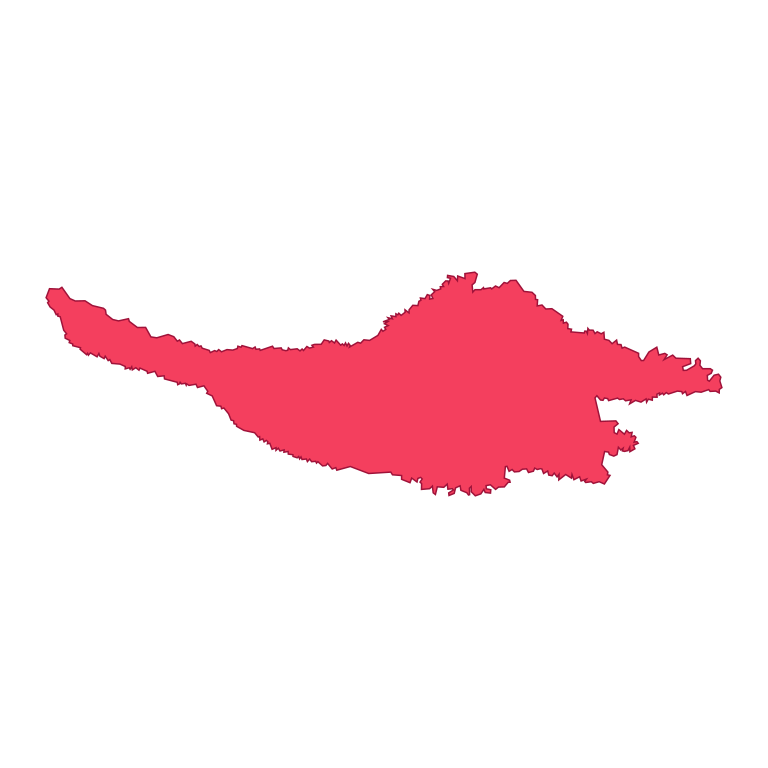 the district of Comapa, Veracruz, Mexico
{"feature_id": "50627088B99460777873405", "entity_name": "Comapa", "entity_type": "district", "adm_level": 2, "iso_a3": "MEX", "parent_name": "Mexico", "parent_adm1": "Veracruz", "projection": "mercator", "projection_center": [-96.723, 19.142], "detail": "fine", "context": "isolated", "style": "filled", "palette": "rose", "viewbox_px": 768, "rotation_deg": 0, "n_neighbors": 0, "source": "geoboundaries", "source_scale": "gbopen_adm2", "svg_char_len": 6099}
<svg xmlns="http://www.w3.org/2000/svg" viewBox="0 0 768 768"><path d="M516.0,280.3L510.4,280.5L507.3,283.4L504.1,282.5L499.1,287.7L495.5,286.0L491.7,288.9L490.6,287.8L483.8,288.9L483.5,287.6L481.0,289.7L475.0,289.7L472.8,292.1L472.1,284.9L474.9,282.5L477.3,274.2L474.8,272.2L464.9,273.6L465.0,278.6L457.7,276.0L457.4,280.8L453.8,276.5L447.6,275.4L447.4,277.6L450.5,278.3L448.7,283.3L448.1,281.0L445.7,280.9L442.3,284.3L443.6,286.5L440.3,286.7L440.7,288.9L436.7,290.4L432.7,289.3L434.7,291.7L431.3,294.8L432.9,298.5L429.6,299.1L429.9,295.5L427.3,294.6L425.0,298.6L420.4,298.0L420.9,300.3L418.9,301.3L417.9,305.6L412.8,305.3L409.1,309.8L409.0,312.9L405.0,309.8L405.1,312.3L401.1,315.4L398.8,313.2L397.8,314.8L395.9,313.8L395.9,316.6L391.1,315.9L392.4,318.8L387.9,317.7L389.3,319.4L383.0,321.8L387.7,321.7L384.5,323.8L388.2,325.6L384.5,327.3L385.8,329.4L382.9,331.3L381.3,329.4L377.9,335.4L369.6,340.4L363.9,339.8L360.6,343.2L357.8,342.3L349.6,347.0L350.2,345.5L348.5,343.3L347.0,346.0L345.5,342.9L344.1,345.5L342.4,343.9L340.7,345.2L336.1,340.1L334.5,343.0L331.5,340.7L329.3,342.5L328.8,341.0L324.2,339.9L321.2,344.3L314.4,344.4L311.9,345.3L313.4,347.1L309.5,348.1L306.9,346.5L303.5,350.5L302.1,349.0L300.0,350.9L297.2,348.8L290.4,349.6L288.4,347.9L287.7,350.3L285.8,350.7L282.2,349.8L281.2,347.9L274.0,348.5L272.5,346.2L260.2,350.4L259.6,348.9L256.0,349.3L255.1,347.0L252.6,348.6L242.0,345.6L241.0,347.2L237.9,346.2L237.4,348.5L232.8,350.1L227.0,349.6L221.5,351.8L218.7,349.6L216.8,351.5L214.6,350.6L210.3,352.6L209.2,350.4L202.2,348.2L201.0,345.9L199.2,346.5L197.2,344.5L195.2,346.1L194.9,344.0L191.2,341.3L182.4,343.6L179.5,340.0L177.3,341.2L173.8,336.7L168.1,334.5L156.8,337.8L150.9,336.9L145.6,327.4L137.4,327.5L129.3,321.4L128.5,318.7L118.5,320.9L112.7,319.5L106.1,314.3L105.5,310.1L103.5,308.3L92.4,305.6L85.0,300.8L75.3,301.0L69.9,298.6L61.9,287.3L59.1,289.1L49.5,288.7L46.1,297.7L48.9,301.2L47.6,302.7L50.1,307.0L54.0,310.1L56.2,314.7L57.8,314.0L57.8,316.1L60.2,316.7L63.7,330.2L66.6,333.8L64.9,335.0L65.2,338.2L69.8,340.5L69.2,342.6L72.7,344.0L72.8,345.7L80.5,347.7L80.1,349.2L86.6,354.7L87.6,353.3L88.4,355.2L90.4,352.9L97.1,356.8L98.9,353.5L99.9,356.2L104.1,358.6L105.2,356.2L108.2,360.6L109.8,359.6L111.8,363.4L120.0,364.1L125.3,366.5L125.2,368.9L129.2,367.8L130.1,369.3L131.7,366.8L132.3,369.9L135.8,367.7L139.0,370.2L140.0,368.1L147.1,371.3L147.6,373.3L154.9,371.3L157.7,376.5L164.1,375.8L164.5,378.9L177.3,382.3L177.7,384.7L180.2,383.5L179.7,381.7L181.5,383.9L185.4,383.3L186.2,385.2L186.7,383.9L189.0,385.4L196.0,384.2L197.5,387.5L203.9,385.8L207.8,391.3L206.7,393.3L212.2,395.9L216.6,405.7L220.9,406.2L221.6,408.7L223.9,408.0L228.6,413.8L231.1,420.1L233.6,420.7L234.0,423.8L236.5,424.3L236.6,426.3L243.9,430.4L254.6,432.7L258.2,437.0L259.6,436.6L259.9,440.1L262.8,438.9L264.1,441.9L266.3,440.4L267.8,441.7L267.4,443.8L269.8,443.3L272.1,449.3L276.0,447.7L276.0,450.3L278.3,448.2L280.0,451.0L284.1,449.9L283.9,452.2L288.1,451.5L288.3,454.1L292.9,454.7L293.0,456.4L297.2,457.8L298.7,456.5L299.6,458.9L301.0,456.9L302.0,459.5L306.4,459.0L307.4,461.6L309.7,459.1L311.6,461.7L315.7,461.3L316.5,463.1L317.9,461.7L322.6,465.9L325.9,465.5L327.6,463.4L332.2,469.0L335.8,467.6L336.8,470.2L350.3,466.5L368.7,473.5L390.8,472.1L392.5,474.8L401.6,475.5L401.6,479.3L410.0,482.7L411.7,478.1L417.0,482.0L417.9,478.4L420.7,477.4L422.2,479.0L420.0,482.1L421.6,483.6L421.5,489.4L429.6,488.7L432.4,486.1L433.2,492.8L435.4,494.5L437.3,486.8L443.8,487.3L447.2,484.1L447.9,489.2L452.3,488.7L453.4,490.0L448.7,492.9L449.0,495.5L454.2,493.4L455.6,487.8L460.1,485.8L460.9,490.3L466.8,492.7L468.5,495.0L469.6,494.7L469.4,488.2L471.2,486.5L471.3,491.8L475.3,495.8L480.8,493.9L483.9,489.4L485.2,492.5L490.5,493.1L490.8,489.7L486.3,488.8L486.1,485.6L490.4,484.8L495.6,489.4L498.5,487.1L504.3,486.9L508.2,482.3L510.1,482.2L509.6,480.2L504.3,478.1L505.4,466.6L507.0,466.3L509.1,471.3L512.1,469.5L514.4,471.9L519.1,471.5L522.4,469.2L526.6,468.9L528.5,472.5L533.4,471.2L534.7,468.1L537.2,469.5L540.3,468.7L541.9,469.0L543.6,473.5L547.7,471.0L548.8,475.1L552.2,475.7L554.2,473.1L557.1,476.9L559.0,474.3L558.8,479.9L565.7,474.5L571.4,478.1L572.0,474.5L573.9,479.7L579.6,476.8L581.1,481.0L586.4,479.1L584.7,481.4L585.7,482.5L591.3,481.7L593.3,483.4L599.2,481.7L604.4,484.0L610.0,475.4L607.4,474.8L607.9,472.1L601.7,464.7L604.6,451.5L608.5,452.1L609.4,454.5L613.8,456.1L617.0,454.6L618.4,447.3L620.8,450.0L623.1,448.2L622.4,450.9L624.5,451.4L628.0,450.6L629.7,447.2L629.9,451.7L634.9,448.8L633.4,445.4L638.2,443.3L636.9,441.6L634.1,442.2L635.9,437.3L634.3,435.8L631.2,436.8L632.1,432.4L629.1,432.8L626.6,430.4L624.4,434.2L618.9,429.6L617.0,434.1L614.2,432.6L614.0,427.1L618.1,423.7L615.9,420.9L600.5,421.4L595.0,397.9L596.9,395.7L600.5,400.0L603.0,400.3L604.4,398.0L607.7,398.6L608.6,400.6L617.6,398.1L619.5,399.5L623.3,398.8L625.6,400.8L631.1,399.8L629.6,403.9L635.5,400.4L641.0,402.1L646.1,398.9L646.6,402.2L648.3,399.2L652.3,400.2L652.4,397.1L657.1,397.2L656.9,394.2L659.5,393.0L659.4,395.0L662.5,393.2L663.7,394.8L666.3,392.6L668.4,394.0L677.4,391.1L681.8,391.6L682.5,393.7L685.5,391.5L687.0,395.5L695.4,391.6L701.2,392.2L708.7,389.6L710.1,391.4L715.7,391.1L719.2,392.9L719.3,389.4L721.9,387.6L719.8,380.9L720.8,377.2L718.5,374.2L714.1,375.2L709.3,381.2L707.6,380.2L707.3,375.4L711.2,373.3L712.5,370.2L710.3,368.7L702.6,368.7L699.9,365.3L700.4,360.8L698.1,358.2L695.5,360.6L695.8,363.9L694.3,365.8L686.6,370.3L683.3,370.4L682.6,366.7L690.7,363.6L690.3,358.7L675.9,358.2L672.7,355.1L664.1,359.6L667.1,354.8L664.8,353.4L658.8,355.0L656.8,347.2L648.9,352.0L643.6,360.5L641.3,360.6L638.6,356.6L638.6,353.3L624.7,347.1L622.1,348.1L621.0,344.6L617.5,344.4L616.6,340.1L612.1,343.7L608.9,340.4L604.4,339.2L603.9,332.3L601.2,333.8L597.2,331.8L595.0,333.6L593.1,330.2L589.3,330.1L587.9,328.4L587.4,333.5L586.3,331.2L584.8,331.1L584.2,333.0L570.9,331.9L571.5,329.2L567.8,328.6L568.0,324.2L566.4,322.2L563.4,323.1L563.2,319.8L561.1,320.4L562.8,316.3L551.9,308.7L545.8,309.0L542.0,305.0L537.2,305.9L537.6,299.7L535.5,299.4L535.4,295.5L532.0,292.3L523.9,291.4L516.0,280.3Z" fill="#f43f5e" stroke="#9f1239" stroke-width="1.5"/></svg>